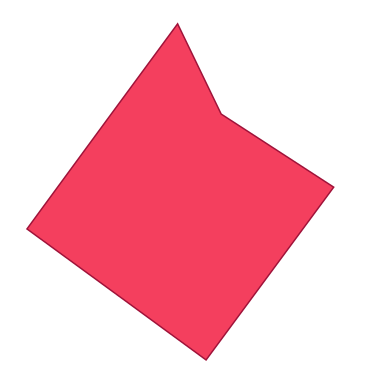 the district of Paso de los Indios, Chubut, Argentina, rotated 126°
{"feature_id": "61730980B85851407891039", "entity_name": "Paso de los Indios", "entity_type": "district", "adm_level": 2, "iso_a3": "ARG", "parent_name": "Argentina", "parent_adm1": "Chubut", "projection": "albers", "projection_center": [-68.882, -44.01], "detail": "fine", "context": "isolated", "style": "filled", "palette": "rose", "viewbox_px": 384, "rotation_deg": 126, "n_neighbors": 0, "source": "geoboundaries", "source_scale": "gbopen_adm2", "svg_char_len": 321}
<svg xmlns="http://www.w3.org/2000/svg" viewBox="0 0 384 384"><g transform="rotate(126 192 192)"><path d="M64.4,302.5L98.6,302.7L163.5,303.1L182.4,303.2L245.8,303.5L318.9,303.8L319.2,189.8L319.6,84.0L319.6,81.9L104.8,80.2L108.7,154.8L111.8,214.2L64.4,302.5Z" fill="#f43f5e" stroke="#9f1239" stroke-width="1.5"/></g></svg>